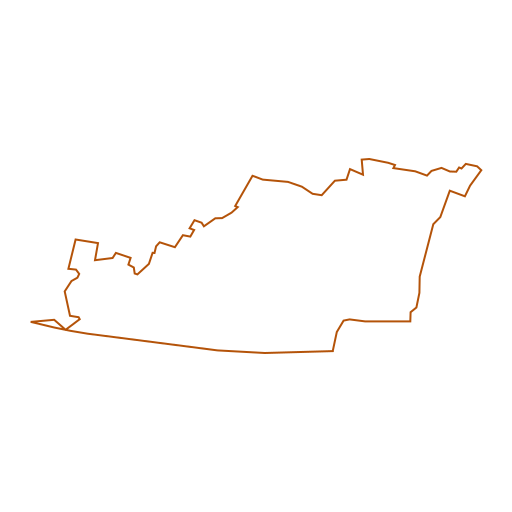 Leixlip Lea-3, Kildare, Ireland
{"feature_id": "5873133B28056966648510", "entity_name": "Leixlip Lea-3", "entity_type": "district", "adm_level": 2, "iso_a3": "IRL", "parent_name": "Ireland", "parent_adm1": "Kildare", "projection": "equal_earth", "projection_center": [-6.507, 53.374], "detail": "fine", "context": "isolated", "style": "outline", "palette": "amber", "viewbox_px": 512, "rotation_deg": 0, "n_neighbors": 0, "source": "geoboundaries", "source_scale": "gbopen_adm2", "svg_char_len": 1177}
<svg xmlns="http://www.w3.org/2000/svg" viewBox="0 0 512 512"><path d="M255.1,176.7L252.5,175.8L235.2,206.0L237.7,207.1L231.6,212.6L222.1,218.1L215.3,218.3L203.9,226.3L201.6,222.7L194.5,220.2L189.6,228.3L194.1,230.0L190.3,236.6L182.9,235.2L174.9,247.2L159.7,242.3L156.1,246.3L154.5,253.0L152.6,252.8L148.9,263.9L137.4,274.4L134.7,273.5L133.8,267.5L128.4,264.6L130.6,257.9L115.9,252.9L112.6,258.0L95.0,260.2L98.0,243.1L75.6,239.5L68.4,268.8L76.0,269.6L79.2,273.9L77.4,277.7L71.5,281.0L64.7,291.4L70.0,315.8L78.6,317.2L79.7,319.2L65.6,329.8L54.2,319.8L30.7,321.9L54.2,327.5L70.3,330.8L87.6,333.7L217.5,350.4L264.8,353.0L332.8,351.1L332.8,350.8L336.8,332.0L343.6,320.6L349.6,319.4L365.1,321.4L410.3,321.4L410.6,312.2L416.4,307.5L419.4,292.9L419.7,276.6L433.3,224.2L440.3,217.1L449.8,190.7L464.9,196.3L470.1,185.6L481.3,170.2L477.1,166.3L465.8,163.9L461.5,168.5L459.1,167.5L456.3,171.7L449.9,171.5L441.5,167.9L431.5,170.9L427.0,175.6L415.2,171.3L393.4,168.1L395.0,165.0L388.2,162.8L369.3,159.0L361.7,159.6L363.0,174.7L350.0,169.1L346.5,179.7L334.9,180.7L321.7,195.2L312.6,193.8L301.9,186.7L288.0,181.9L262.7,179.6L255.1,176.7Z" fill="none" stroke="#b45309" stroke-width="2"/></svg>